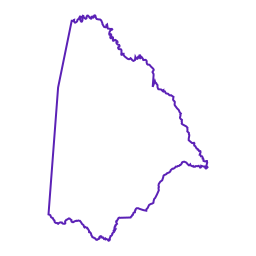 outline of Rio Verde de Mato Grosso, Mato Grosso do Sul, Brazil
{"feature_id": "56859067B91033371864986", "entity_name": "Rio Verde de Mato Grosso", "entity_type": "district", "adm_level": 2, "iso_a3": "BRA", "parent_name": "Brazil", "parent_adm1": "Mato Grosso do Sul", "projection": "equal_earth", "projection_center": [-54.894, -18.785], "detail": "fine", "context": "isolated", "style": "outline", "palette": "violet", "viewbox_px": 256, "rotation_deg": 0, "n_neighbors": 0, "source": "geoboundaries", "source_scale": "gbopen_adm2", "svg_char_len": 5791}
<svg xmlns="http://www.w3.org/2000/svg" viewBox="0 0 256 256"><path d="M102.3,237.6L103.0,237.5L103.3,238.1L103.8,238.3L104.0,238.9L104.9,238.6L105.2,239.1L105.5,238.7L105.8,239.2L106.3,239.0L106.8,239.2L107.6,239.6L108.0,240.1L108.5,239.7L108.9,240.6L109.5,240.3L109.9,239.2L109.7,238.5L110.3,237.0L110.5,236.1L111.3,235.8L111.7,235.4L112.3,234.5L112.2,233.7L112.6,233.1L113.9,232.1L113.7,231.5L113.6,230.6L114.0,230.3L114.3,230.8L114.8,230.7L115.1,229.8L115.5,229.2L114.8,229.1L114.4,228.8L114.7,228.3L114.5,227.4L114.8,226.7L115.3,226.6L115.2,225.8L115.5,225.1L116.1,224.9L116.5,224.1L117.0,223.8L116.1,221.9L116.4,221.0L117.1,220.8L117.7,219.3L118.2,218.9L118.5,218.0L119.3,217.6L119.9,217.8L130.6,217.5L131.0,216.7L131.6,216.4L132.1,215.3L132.4,214.9L132.9,214.8L133.4,213.0L134.0,212.5L134.9,212.3L134.9,211.0L135.4,210.4L135.4,209.7L136.2,208.6L136.8,208.2L138.5,208.3L139.1,208.7L143.3,210.1L146.3,210.7L146.4,209.3L147.7,207.9L148.9,205.3L149.3,204.8L151.0,203.9L152.4,203.5L153.4,202.8L153.7,200.6L154.2,199.0L155.2,197.9L157.0,194.4L158.8,190.3L158.5,188.3L158.6,187.5L158.9,187.0L158.5,185.5L158.8,183.9L160.3,181.7L162.2,180.3L163.2,177.3L163.5,175.8L164.0,175.2L166.4,174.1L166.8,173.4L169.4,172.3L170.3,171.4L170.7,170.2L172.3,168.8L172.8,168.6L173.5,168.7L174.9,167.7L175.8,166.6L176.9,166.7L177.8,166.0L179.0,165.9L179.5,165.6L179.9,165.0L180.5,165.0L181.8,163.4L181.9,162.6L182.2,162.3L183.0,161.9L184.3,161.7L186.4,162.6L187.3,163.8L188.8,165.3L189.3,165.3L190.2,164.4L190.5,165.3L192.0,166.1L192.5,166.3L193.1,166.0L193.6,166.7L194.3,166.6L194.9,166.8L195.3,166.3L195.8,166.1L197.6,166.2L198.2,165.9L198.7,165.8L199.0,166.3L199.6,166.7L200.2,167.6L200.8,167.4L201.2,166.7L201.2,165.8L203.8,166.6L204.3,166.6L204.9,166.4L205.3,166.8L205.1,167.4L205.4,168.1L205.9,168.5L206.4,168.4L207.5,167.2L207.2,166.8L206.8,166.6L206.5,165.9L206.7,164.4L207.2,162.6L207.0,162.1L207.0,161.1L206.3,161.0L205.2,161.5L203.5,160.9L203.4,160.2L203.5,159.4L203.3,158.9L202.6,158.6L202.8,157.8L202.4,156.9L202.0,156.3L200.9,156.3L200.3,154.8L199.7,154.7L200.0,153.7L200.5,152.7L200.5,151.8L200.3,151.1L199.1,151.1L198.8,150.3L198.5,149.9L197.7,149.7L197.6,148.9L196.5,148.4L195.3,146.2L194.3,145.6L194.1,144.9L194.4,143.3L194.0,142.8L192.7,143.1L192.0,143.0L188.7,140.2L188.7,138.7L189.2,136.0L189.3,135.0L188.9,134.3L188.9,132.9L187.3,131.4L187.5,129.8L187.3,128.6L187.5,127.8L186.4,126.5L182.2,124.2L181.7,123.6L181.9,122.9L181.9,121.9L181.6,121.2L181.9,120.5L181.9,119.8L180.8,119.1L180.1,118.1L180.0,117.3L180.4,116.0L180.5,115.2L180.3,114.5L180.9,113.6L179.7,112.3L179.3,111.3L178.6,109.8L177.2,108.5L174.8,105.3L174.6,104.6L174.8,101.9L174.3,101.1L173.6,100.6L173.1,99.7L173.3,97.8L173.5,96.9L171.0,95.2L170.3,95.4L169.4,95.2L168.1,93.8L166.1,93.4L165.5,92.7L164.9,91.4L164.4,91.2L163.4,91.6L163.0,91.1L163.2,90.1L162.7,90.3L162.3,90.7L161.7,90.0L161.1,89.5L158.4,89.2L158.0,88.6L157.5,87.0L157.5,85.1L156.6,84.0L156.2,83.1L155.5,82.9L154.9,81.1L152.7,86.9L153.6,75.0L153.5,73.9L152.5,72.1L152.7,71.5L153.5,70.5L153.7,69.8L153.5,69.2L153.1,68.6L150.9,66.5L149.7,65.0L149.0,64.6L148.0,64.7L147.2,64.2L146.6,62.6L146.7,61.2L146.4,60.6L145.7,59.9L145.0,59.8L143.9,60.1L143.2,59.9L142.8,58.6L141.6,57.0L140.4,56.1L140.0,55.3L139.5,55.4L139.5,56.3L140.0,56.9L140.6,57.3L140.7,58.0L140.2,58.3L138.2,56.8L137.7,57.4L137.7,58.5L137.1,58.9L136.1,58.4L135.4,57.0L135.0,60.0L133.5,60.9L133.0,60.7L132.0,59.9L131.2,58.7L130.5,58.2L129.9,58.9L129.2,59.2L128.4,59.1L127.5,58.7L124.5,56.3L123.6,55.0L123.6,53.8L122.9,53.8L121.9,54.8L121.5,54.8L121.2,54.0L121.5,53.3L121.6,52.7L121.4,52.1L121.5,50.6L121.3,49.8L120.9,49.3L120.3,49.2L119.1,49.2L118.7,49.0L118.2,48.2L118.1,47.6L118.4,47.1L119.4,46.7L119.5,46.1L119.5,45.6L119.1,44.9L117.6,44.5L116.6,43.4L116.4,42.8L116.4,42.1L117.5,41.9L117.3,41.3L115.4,39.9L114.4,40.1L113.8,40.7L113.2,40.8L112.8,40.0L113.1,38.3L113.0,37.6L112.6,37.1L112.1,37.1L111.1,38.2L110.7,38.2L110.3,37.7L110.3,37.0L110.6,36.3L111.0,35.9L111.3,35.3L111.1,34.4L110.5,34.1L109.8,34.9L109.4,34.7L109.2,33.9L109.4,32.7L109.7,31.6L110.1,31.1L110.6,29.9L111.7,29.9L112.2,29.3L111.8,28.9L110.8,29.0L107.8,28.5L107.5,27.9L107.5,27.0L107.1,24.5L106.3,25.2L106.4,26.5L105.9,27.1L105.3,27.3L104.0,26.8L102.4,24.0L102.4,23.2L101.2,20.4L100.1,19.5L98.4,19.4L96.7,19.0L96.3,18.5L95.7,17.3L95.5,16.0L95.0,15.4L94.4,15.4L94.0,15.8L93.6,17.4L93.1,17.7L92.6,17.6L92.1,16.6L91.5,16.8L91.2,18.6L90.7,18.6L89.6,17.7L89.0,16.7L88.3,16.0L87.9,15.6L87.3,15.6L86.9,16.1L86.5,17.0L86.6,17.9L86.3,18.5L85.6,18.8L84.7,18.2L83.7,17.3L83.4,16.0L82.9,15.8L82.5,16.9L82.5,19.5L82.4,20.5L82.0,21.4L81.7,21.7L81.2,21.6L80.5,20.5L80.2,19.2L80.7,16.7L80.0,16.5L79.3,17.6L79.0,18.6L78.5,19.2L77.8,19.4L77.4,20.0L77.2,21.1L76.6,21.8L75.4,22.6L74.9,22.6L74.5,22.2L74.1,21.5L74.0,20.8L74.1,19.9L73.6,20.1L73.3,20.6L72.7,21.0L71.7,20.8L58.1,87.5L48.5,214.4L49.9,214.9L50.4,215.3L50.9,216.8L51.2,217.3L51.9,217.6L52.4,218.1L52.9,218.2L53.0,218.8L53.4,219.2L53.6,219.8L54.5,220.5L54.5,221.4L54.8,222.2L55.7,222.9L57.2,223.0L57.6,223.6L58.2,223.8L58.9,223.0L60.2,222.4L61.9,222.5L62.2,223.2L62.8,223.6L64.3,223.8L64.9,223.7L65.3,223.3L65.1,221.5L65.3,221.0L66.0,220.3L66.3,219.8L66.9,219.7L68.9,218.4L69.7,218.6L70.2,219.2L71.4,220.0L71.3,220.7L71.5,221.4L71.9,221.5L72.2,222.1L73.2,222.2L73.7,222.0L74.1,221.5L76.4,220.7L76.9,221.0L78.4,220.5L79.5,220.9L80.0,220.9L81.3,222.6L81.9,223.8L83.5,225.1L84.1,226.9L84.5,227.4L85.1,226.9L86.1,227.5L87.1,227.7L87.2,228.4L87.7,228.5L89.0,230.7L89.1,232.0L89.7,231.9L90.0,232.2L90.3,232.8L90.8,233.1L91.3,234.6L91.3,235.2L92.2,236.5L92.4,237.2L93.8,237.6L94.3,238.2L94.9,238.2L96.3,239.8L97.1,239.8L97.4,239.3L98.6,239.1L99.1,238.7L99.5,238.2L99.2,237.8L99.4,237.1L100.4,236.2L101.0,236.2L101.5,236.5L101.6,237.4L102.3,237.6Z" fill="none" stroke="#5b21b6" stroke-width="2"/></svg>